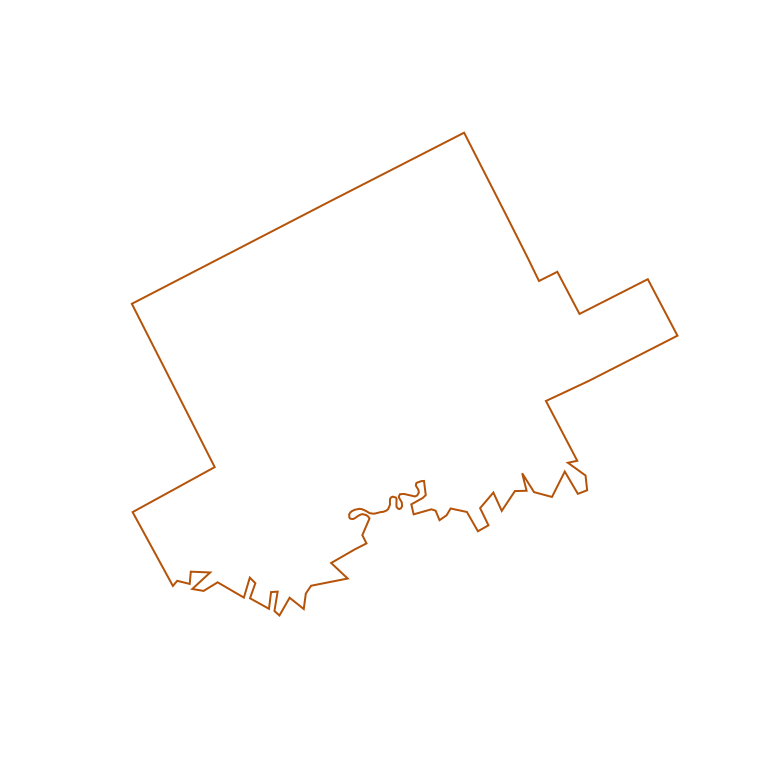 Woodruff, Arkansas, United States of America, rotated 242°
{"feature_id": "52423323B87929534363237", "entity_name": "Woodruff", "entity_type": "district", "adm_level": 2, "iso_a3": "USA", "parent_name": "United States of America", "parent_adm1": "Arkansas", "projection": "mercator", "projection_center": [-91.376, 35.179], "detail": "fine", "context": "isolated", "style": "outline", "palette": "amber", "viewbox_px": 768, "rotation_deg": 242, "n_neighbors": 0, "source": "geoboundaries", "source_scale": "gbopen_adm2", "svg_char_len": 1582}
<svg xmlns="http://www.w3.org/2000/svg" viewBox="0 0 768 768"><g transform="rotate(242 384 384)"><path d="M573.2,199.0L390.1,195.5L388.9,101.9L304.8,102.8L307.3,109.0L298.7,118.6L309.0,125.3L299.2,142.0L293.0,118.5L286.0,127.6L287.0,144.0L261.2,160.0L276.0,174.6L268.5,176.9L257.7,165.1L239.5,176.9L253.3,186.6L250.6,192.6L235.0,180.7L228.7,183.0L239.6,200.3L223.0,207.5L235.7,216.6L240.1,224.9L229.3,260.6L250.8,253.3L251.7,280.3L251.5,293.7L260.7,293.9L272.1,308.1L274.4,307.8L276.6,306.8L279.2,303.9L279.7,301.9L279.7,299.1L279.2,295.4L279.3,293.3L280.8,291.1L282.3,290.7L285.2,292.0L286.3,293.8L286.8,295.7L286.7,299.0L285.4,303.5L283.8,305.8L280.5,308.4L276.8,310.6L274.6,313.5L273.8,315.4L272.4,321.2L271.5,323.2L271.1,327.0L271.7,329.1L274.6,332.6L278.1,334.4L279.8,335.5L280.6,337.2L280.4,338.9L278.1,341.2L276.8,341.2L271.8,338.4L269.6,337.4L267.5,337.8L266.4,338.8L266.3,340.4L267.5,342.6L271.1,344.1L276.4,343.9L277.8,344.4L279.2,346.4L277.5,350.1L270.2,358.5L270.0,361.0L271.7,363.7L274.3,364.7L279.3,364.4L281.1,365.8L281.4,366.5L280.7,371.4L279.6,373.8L266.3,368.7L265.2,364.8L264.9,351.6L255.0,349.0L251.1,367.0L247.9,370.1L237.7,369.1L238.7,377.6L242.8,384.4L232.1,397.1L209.9,397.8L210.2,409.9L229.3,410.6L236.8,429.6L216.7,428.4L228.0,449.3L222.8,459.8L240.3,464.1L218.1,465.7L205.4,479.3L221.8,502.5L196.0,503.6L194.8,513.5L208.6,519.0L228.1,509.4L225.5,518.6L293.0,519.0L290.6,566.1L288.9,665.8L352.7,666.1L354.1,589.5L401.7,589.7L402.2,569.2L427.4,570.1L478.0,571.2L568.3,572.7L570.7,417.2L573.2,199.0Z" fill="none" stroke="#b45309" stroke-width="2"/></g></svg>